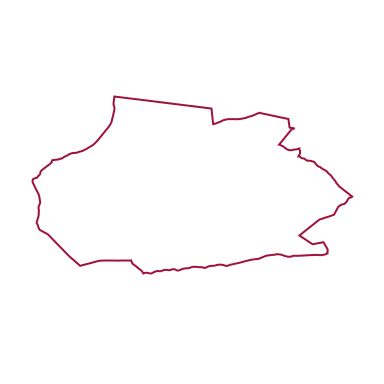 the district of Fafi, North-Eastern, Kenya, rotated 277°
{"feature_id": "3690345B31550600225726", "entity_name": "Fafi", "entity_type": "district", "adm_level": 2, "iso_a3": "KEN", "parent_name": "Kenya", "parent_adm1": "North-Eastern", "projection": "equal_earth", "projection_center": [40.194, -0.782], "detail": "fine", "context": "isolated", "style": "outline", "palette": "rose", "viewbox_px": 384, "rotation_deg": 277, "n_neighbors": 0, "source": "geoboundaries", "source_scale": "gbopen_adm2", "svg_char_len": 6024}
<svg xmlns="http://www.w3.org/2000/svg" viewBox="0 0 384 384"><g transform="rotate(277 192 192)"><path d="M105.1,90.0L105.9,91.9L109.5,101.0L112.3,107.9L112.7,109.6L112.8,110.3L113.3,113.4L114.4,122.4L114.7,125.6L115.5,131.3L115.9,134.5L116.1,136.5L116.4,138.7L116.5,139.5L116.7,139.9L116.3,140.1L115.4,140.5L115.0,140.9L114.7,141.2L114.1,141.3L113.7,141.5L113.4,142.0L113.0,142.7L112.3,144.0L111.4,145.6L110.3,147.2L107.8,151.4L107.3,151.9L106.8,152.4L105.9,153.0L105.2,153.7L105.7,154.5L105.9,155.1L106.2,156.0L106.3,156.5L106.3,158.2L106.1,159.5L106.1,160.2L106.1,161.0L106.2,161.5L106.5,162.2L106.8,162.6L107.2,163.1L107.4,163.2L108.3,164.8L109.1,166.4L109.3,167.1L109.3,167.5L109.4,168.2L109.4,169.7L109.5,170.3L109.8,171.1L110.3,172.2L110.7,172.8L110.9,173.1L111.1,173.6L111.3,174.2L111.5,175.0L111.6,176.0L111.6,178.6L111.6,179.4L111.8,179.9L112.4,180.8L112.8,181.5L113.0,182.6L113.1,183.5L113.1,184.2L113.0,185.0L112.4,186.5L112.3,186.8L112.3,187.2L112.3,187.9L112.6,188.5L113.1,189.4L113.6,190.4L114.2,191.5L114.7,192.6L115.1,193.6L115.3,194.4L115.9,197.4L116.3,198.9L116.8,199.7L117.2,200.4L117.5,201.1L117.9,202.1L118.0,203.2L118.2,204.7L118.3,206.5L118.2,207.4L118.3,209.2L118.4,210.1L118.6,210.6L118.6,210.9L118.5,211.7L118.3,212.6L118.2,213.2L118.2,213.8L118.3,214.3L118.5,215.0L119.2,215.7L119.6,216.4L120.3,217.8L120.6,218.5L120.8,219.3L121.1,220.3L121.3,221.9L121.6,223.0L122.0,224.5L122.6,225.5L122.8,226.2L123.1,227.1L123.2,227.8L123.4,229.9L123.4,230.5L123.4,231.4L123.3,232.1L122.8,234.9L122.8,235.4L122.8,235.6L123.0,235.9L123.6,237.4L123.8,237.7L124.2,238.2L124.5,239.1L125.0,240.7L125.7,242.3L126.5,244.9L127.5,247.5L127.8,248.4L128.4,249.9L129.0,251.2L129.7,253.1L130.3,254.3L130.8,256.0L131.8,258.5L133.0,262.9L133.2,263.7L133.4,264.9L133.8,266.2L134.2,266.9L134.9,268.4L135.9,270.0L137.5,272.9L138.0,274.0L138.2,274.7L138.4,275.8L139.0,277.9L139.8,281.4L140.2,283.0L140.6,283.7L140.7,284.1L140.7,285.0L140.7,286.3L140.7,287.5L140.6,288.5L140.5,289.1L140.0,291.1L139.6,293.4L139.5,294.8L139.5,295.7L139.6,296.7L139.8,297.7L140.5,299.3L140.8,300.0L141.0,300.5L141.3,301.5L141.3,302.3L141.4,303.3L141.5,304.5L142.8,311.8L144.0,318.6L144.7,322.8L144.8,324.1L144.9,327.0L145.2,328.4L145.5,329.7L145.9,330.8L146.1,331.4L147.0,333.0L147.3,333.4L147.5,334.0L149.2,333.6L149.6,333.8L150.0,333.9L150.9,333.7L151.7,333.5L152.4,332.9L152.7,332.8L158.2,328.6L154.9,318.4L155.1,317.5L161.9,303.9L167.0,308.9L180.2,321.9L180.7,323.2L181.2,324.2L182.8,327.3L183.6,329.3L184.9,332.1L186.3,334.7L186.9,335.8L191.1,337.4L194.7,338.8L195.0,339.0L195.9,339.7L197.6,341.9L197.9,342.3L198.1,342.9L198.6,344.4L198.8,344.7L200.4,346.1L200.8,346.4L201.3,346.7L202.4,347.1L203.7,347.8L204.2,348.0L204.9,348.4L205.4,348.8L205.8,349.7L206.1,350.8L206.4,351.1L207.0,351.6L215.7,337.0L216.2,336.8L216.7,336.4L217.0,336.0L217.9,334.8L218.2,334.4L218.8,334.0L219.9,333.3L220.4,332.8L220.8,332.5L221.0,332.1L222.1,331.0L223.4,329.7L224.8,328.4L225.3,327.9L225.7,327.4L227.0,325.2L228.7,323.6L229.7,321.7L230.1,320.9L230.4,319.8L230.8,318.9L231.5,317.5L232.5,315.8L232.6,315.3L232.7,314.5L232.8,314.2L233.0,313.8L234.9,311.4L235.4,310.9L235.9,310.6L236.2,310.3L236.5,310.1L236.7,309.8L236.8,309.5L236.9,309.2L237.0,308.9L237.0,308.0L237.0,307.5L237.3,306.8L237.4,306.4L237.4,305.4L237.2,302.8L237.3,302.3L237.4,301.8L237.6,301.3L238.5,300.1L238.7,299.7L238.8,299.1L238.9,297.3L239.0,297.0L239.3,296.2L239.9,295.1L240.4,294.2L240.5,293.8L240.4,293.3L241.2,293.6L242.2,294.1L242.6,294.3L243.0,294.4L243.4,294.4L244.0,294.6L244.4,294.5L244.7,294.3L245.9,294.2L246.2,294.1L246.5,293.9L246.9,293.6L247.4,293.4L247.8,293.3L248.3,293.3L248.1,292.8L247.6,291.8L247.3,291.0L246.9,290.0L246.7,289.0L246.7,288.5L246.6,288.1L246.3,287.6L246.0,286.8L245.9,286.5L245.7,286.0L245.5,285.4L245.5,284.8L245.4,283.3L245.6,282.1L245.7,281.7L246.0,280.9L246.3,280.4L247.0,279.2L247.5,278.3L248.2,277.2L248.5,276.7L248.9,275.1L249.4,274.0L249.5,273.5L249.6,273.1L249.6,272.7L265.7,282.8L266.1,283.3L266.8,284.3L267.0,284.6L267.2,285.1L267.6,286.2L267.8,281.0L276.2,278.8L278.7,250.0L278.9,249.2L276.7,245.5L275.0,242.7L274.9,242.1L274.3,240.7L274.0,240.1L273.6,239.5L273.4,238.8L273.2,238.2L272.5,237.1L272.2,236.8L271.9,236.2L271.4,234.1L270.8,232.5L270.1,229.7L269.8,228.0L269.5,225.7L269.4,224.6L269.3,223.5L269.0,221.4L268.9,220.5L268.7,219.0L268.3,217.5L267.7,215.9L267.2,214.9L267.0,214.2L265.0,211.2L264.5,210.3L264.0,209.3L263.7,208.8L263.2,207.7L262.6,206.5L262.1,205.5L261.9,204.8L262.4,204.6L277.2,201.2L277.3,103.3L270.1,103.3L269.8,103.3L266.4,104.7L265.5,104.9L264.8,104.9L264.2,104.9L262.9,104.8L261.6,104.6L259.5,104.5L256.2,104.1L252.0,103.6L251.3,103.5L249.1,102.7L248.1,102.2L247.3,101.8L245.5,100.8L239.9,97.2L231.9,92.2L228.5,89.7L226.4,87.7L222.1,82.3L220.6,80.1L220.3,79.5L219.7,78.9L219.4,78.3L218.3,75.5L217.2,73.3L216.7,72.0L216.5,70.7L216.4,69.9L216.0,68.5L215.8,67.9L215.5,67.4L214.9,66.2L214.1,65.0L213.9,64.7L213.5,64.4L213.2,63.9L212.8,63.4L212.3,62.6L212.1,62.2L211.7,61.5L211.2,60.8L210.0,59.4L209.1,58.1L209.0,56.9L207.9,55.4L207.8,55.0L207.7,53.8L207.1,51.6L206.8,51.0L206.7,50.5L206.6,49.5L206.1,49.3L205.6,49.2L205.2,49.0L204.8,49.0L204.2,49.1L203.2,48.1L202.5,47.6L201.7,46.8L200.3,45.3L198.6,43.6L197.2,42.1L195.5,40.4L194.8,39.9L194.4,39.6L194.0,39.4L193.3,39.2L191.6,39.1L191.1,38.9L190.7,38.8L190.0,38.2L189.7,38.0L189.4,37.8L189.1,37.4L188.9,37.2L188.5,37.2L188.1,36.9L187.7,36.5L187.3,36.4L187.1,36.1L187.1,35.6L186.4,34.2L185.6,33.0L185.3,32.7L184.9,32.5L184.4,32.4L183.7,32.5L183.3,32.5L183.0,32.4L182.6,32.5L182.0,32.8L176.2,36.5L174.5,37.7L172.9,38.8L170.7,40.2L170.0,40.6L168.8,41.0L166.8,41.5L166.4,41.7L165.2,42.0L163.2,42.6L161.8,42.4L160.8,42.1L159.7,41.9L157.8,41.5L157.3,41.6L155.5,42.2L155.2,42.3L153.9,42.3L153.5,42.4L152.6,42.4L150.5,42.6L149.8,42.6L148.7,42.5L144.0,41.7L142.7,41.6L142.2,41.6L141.9,41.8L140.9,42.6L139.8,43.2L138.0,44.0L136.3,45.0L136.0,45.3L135.1,47.3L132.5,53.9L132.3,54.3L124.8,63.6L112.7,78.7L112.0,79.8L105.1,90.0Z" fill="none" stroke="#9f1239" stroke-width="2"/></g></svg>